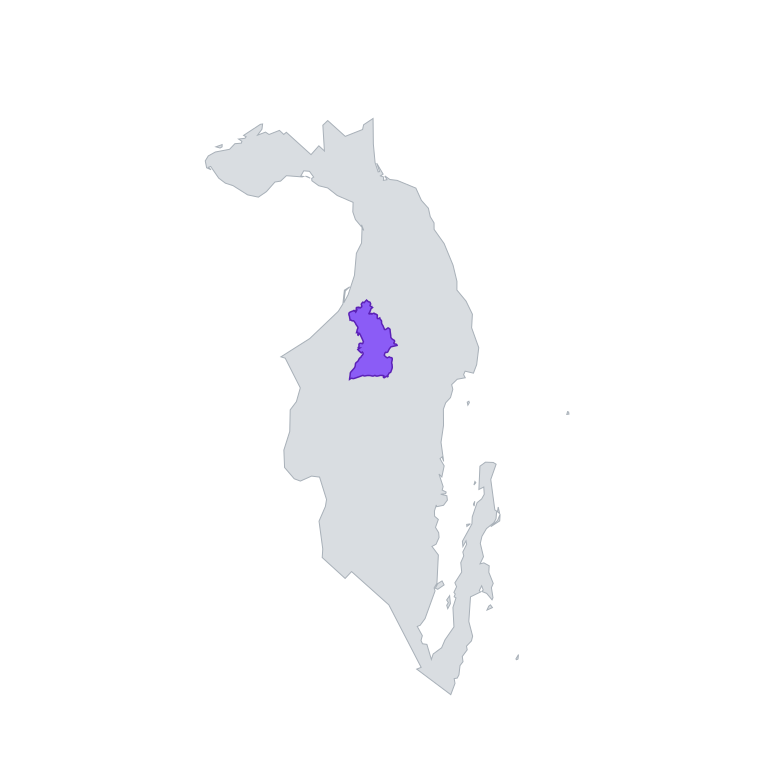 San Luis Potosí highlighted on a map of Mexico, rotated 222°
{"feature_id": "MEX-2715", "entity_name": "San Luis Potosí", "entity_type": "State", "adm_level": 1, "iso_a3": "MEX", "parent_name": "Mexico", "parent_adm1": "", "projection": "robinson", "projection_center": [-100.079, 22.87], "detail": "fine", "context": "in_parent", "style": "filled", "palette": "violet", "viewbox_px": 768, "rotation_deg": 222, "n_neighbors": 0, "source": "natural_earth", "source_scale": "10m", "svg_char_len": 9498}
<svg xmlns="http://www.w3.org/2000/svg" viewBox="0 0 768 768"><g transform="rotate(222 384 384)"><path d="M126.5,197.8L168.9,194.0L166.8,198.3L232.6,223.1L282.6,222.9L282.8,213.5L313.8,213.7L319.1,220.4L340.5,238.6L345.6,253.8L349.4,259.7L369.6,271.7L376.2,267.1L381.2,255.9L387.3,253.5L402.0,255.4L414.2,267.9L422.3,285.7L436.4,302.0L437.3,312.3L443.6,325.1L474.7,337.1L478.8,335.2L469.6,368.1L466.6,407.4L468.1,415.9L476.2,427.2L474.5,433.3L475.0,427.2L468.2,417.5L470.4,426.4L478.6,444.9L492.0,462.7L495.0,473.7L504.4,484.9L501.8,484.6L507.2,487.3L505.5,485.7L515.3,487.1L522.3,491.0L528.5,498.3L544.9,492.8L557.1,492.0L565.1,487.7L573.6,486.8L575.3,488.4L574.7,490.7L581.7,492.2L586.3,488.7L585.0,482.9L582.7,484.4L583.3,483.2L595.9,473.5L596.6,465.6L600.2,461.1L600.1,448.3L602.4,438.8L611.9,433.3L628.9,430.4L636.3,427.1L644.6,426.4L658.4,429.7L659.5,427.6L655.9,427.5L660.5,426.0L666.1,430.2L667.2,435.9L664.6,443.5L655.8,455.1L655.6,462.8L651.2,467.5L652.0,469.3L656.0,468.7L651.8,473.5L651.9,475.5L654.7,474.8L649.6,494.3L648.2,496.0L645.2,491.7L644.5,484.3L640.6,491.9L636.4,492.5L631.4,502.5L625.5,502.4L625.0,505.7L591.7,505.6L591.8,517.4L584.2,517.3L602.6,535.4L602.1,542.1L578.5,542.1L570.2,558.8L572.6,563.0L569.8,574.0L552.5,555.2L538.7,542.5L530.3,537.7L529.4,538.9L537.2,543.2L525.1,539.4L525.9,536.3L522.7,537.6L520.7,534.9L518.5,537.8L522.6,539.2L516.5,539.9L510.5,544.1L491.4,550.9L479.1,545.5L468.6,544.3L461.6,539.3L454.6,537.2L450.2,532.4L433.3,528.6L412.2,518.5L398.5,509.1L392.7,502.6L378.5,500.5L365.0,495.0L356.5,484.4L337.9,474.4L328.1,460.4L324.8,451.9L332.3,447.8L331.1,444.2L327.8,443.0L332.8,436.5L333.3,428.8L329.3,426.1L325.5,418.4L325.6,411.3L323.0,405.0L312.1,393.1L302.6,378.8L287.9,366.4L292.1,368.7L292.4,366.0L284.5,363.4L278.8,353.6L282.9,353.9L271.4,347.3L269.8,344.1L265.5,345.3L264.8,343.8L268.1,340.0L262.5,343.0L259.2,340.1L258.6,333.7L262.8,328.0L264.2,329.1L261.5,323.3L257.9,319.6L253.0,319.7L249.8,311.9L243.9,310.1L240.4,306.8L238.1,299.8L239.7,295.4L229.2,293.3L211.3,271.3L210.3,266.0L207.6,264.4L196.5,237.1L195.7,228.8L197.1,226.1L187.1,222.6L184.9,218.2L181.6,216.7L177.9,219.2L164.5,211.0L166.8,216.3L164.7,226.6L167.5,234.8L169.5,250.3L183.2,264.0L187.4,273.2L189.5,272.8L190.5,275.6L192.6,275.9L194.4,281.9L198.3,283.7L200.4,296.2L207.4,302.6L209.7,309.6L213.0,311.9L215.3,320.2L218.1,322.3L216.6,316.0L220.5,319.6L225.0,338.8L229.5,344.3L235.4,358.1L234.5,363.9L235.7,369.1L240.9,374.2L242.9,369.1L257.7,387.1L256.3,393.8L250.3,398.8L247.0,399.4L240.8,384.5L217.4,364.6L215.2,364.9L210.5,358.7L209.6,354.4L211.1,345.1L209.3,336.3L205.8,330.0L194.5,322.2L192.3,314.6L190.1,317.9L184.2,319.3L180.1,314.2L169.4,308.9L167.9,304.5L160.0,298.1L159.3,295.9L167.6,297.1L172.5,295.3L172.4,297.3L176.4,299.4L175.0,294.3L173.1,294.0L177.3,283.7L162.1,264.3L149.4,255.9L147.1,251.6L147.3,244.4L144.3,242.1L143.5,233.9L139.5,230.5L139.1,225.6L133.7,218.0L132.8,214.5L134.7,212.0L130.9,209.0L126.5,197.8ZM210.5,271.6L209.1,276.5L204.9,274.9L206.7,267.4L209.2,266.6L210.5,271.6ZM193.6,270.6L187.7,265.2L186.3,259.7L189.3,261.5L189.9,264.6L192.9,265.4L193.6,270.6ZM664.5,453.6L663.0,451.9L663.7,449.7L667.6,447.8L664.5,453.6ZM210.6,364.9L206.4,359.7L209.2,349.4L208.3,358.7L210.6,364.9ZM157.1,291.1L153.8,290.4L156.2,284.9L157.5,289.0L157.1,291.1ZM103.0,272.9L100.4,269.3L101.0,267.8L102.0,267.9L103.0,272.9ZM214.2,365.0L216.8,369.0L211.4,365.1L214.2,365.0ZM310.0,426.2L309.4,428.0L308.1,427.3L307.5,424.4L310.0,426.2ZM237.1,354.5L238.1,357.6L235.3,353.6L237.1,354.5ZM227.1,333.6L228.6,335.0L226.2,337.9L227.1,333.6ZM229.1,486.3L228.0,486.7L226.4,485.4L227.8,483.7L229.1,486.3ZM579.4,486.9L576.5,487.6L581.5,485.9L579.4,486.9ZM251.2,372.4L249.7,372.1L249.6,369.1L251.2,372.4Z" fill="#d9dde1" stroke="#a8b0b8" stroke-width="1"/><path d="M412.7,364.4L413.4,365.3L414.0,366.3L415.3,368.2L415.9,368.9L416.2,369.4L416.5,369.8L416.6,370.3L416.7,371.0L416.7,372.4L416.7,374.6L416.7,375.7L416.9,376.8L417.2,377.7L417.7,378.5L418.3,379.3L418.8,380.0L419.0,380.7L419.0,381.3L418.9,382.0L418.8,382.6L418.7,383.3L418.8,384.1L419.2,385.6L419.3,386.2L419.4,386.4L419.4,386.7L419.4,387.1L419.2,387.8L419.1,388.1L419.1,388.4L419.3,389.1L419.4,389.4L419.4,389.7L419.4,390.8L419.4,391.3L419.5,391.8L419.7,392.4L420.0,392.8L420.4,393.0L421.5,393.2L421.7,391.9L424.2,391.9L425.4,392.0L426.6,392.1L426.5,392.8L426.1,394.0L426.0,394.7L426.8,393.9L427.2,393.6L427.5,393.7L427.6,394.1L427.6,394.5L427.6,394.9L427.8,395.3L428.3,395.8L428.8,396.3L429.2,396.8L429.3,397.5L429.2,397.8L429.1,398.1L429.0,398.3L428.8,398.5L428.4,398.9L427.6,399.2L427.2,399.4L426.9,399.7L426.9,399.9L427.0,400.2L427.3,400.7L427.4,400.9L427.5,401.2L427.5,401.6L427.8,401.8L428.4,402.0L428.8,402.2L429.6,402.6L431.0,403.2L433.8,404.4L435.7,405.1L436.0,405.2L436.1,404.5L436.1,404.2L436.0,403.6L435.9,403.3L435.8,403.1L435.8,402.9L436.1,402.9L436.3,403.0L436.5,403.2L436.7,403.4L436.9,403.7L437.2,404.2L437.6,404.6L437.9,404.8L438.1,404.7L438.4,404.5L438.8,403.8L439.0,404.1L439.1,404.3L439.3,404.9L440.0,406.0L440.3,406.6L440.6,407.6L440.9,408.1L441.2,408.5L441.6,408.8L442.0,408.9L443.3,409.2L443.8,409.3L444.9,409.6L446.2,410.2L446.8,410.3L448.3,410.6L448.7,410.6L449.1,410.5L449.3,410.3L449.5,410.0L449.7,409.8L449.9,409.6L451.0,409.5L451.6,409.3L451.9,408.8L452.2,409.1L452.4,409.3L452.6,409.3L453.0,409.7L453.4,409.9L454.5,410.8L455.0,411.2L456.1,411.8L456.6,412.2L457.0,412.6L457.3,413.0L457.5,413.5L457.5,414.1L457.2,414.9L456.9,415.7L456.1,417.2L455.9,417.5L455.6,418.5L455.3,418.4L455.2,418.6L454.8,418.6L454.6,418.5L454.4,418.5L454.1,418.7L453.4,418.6L453.1,418.5L453.2,419.1L453.5,419.2L453.9,419.0L454.2,419.0L454.3,419.1L454.0,419.3L453.8,419.6L454.0,420.0L453.5,420.1L453.6,420.6L453.9,421.0L454.2,421.3L454.9,421.2L455.0,421.4L455.0,421.7L455.0,421.9L455.2,422.0L455.5,422.1L455.5,422.3L455.5,422.6L455.4,422.8L455.2,423.1L454.9,423.3L454.5,423.5L454.4,423.6L454.4,423.8L454.2,423.8L454.0,423.7L453.9,423.7L453.7,423.8L453.6,424.1L453.8,424.3L453.5,424.5L452.8,424.5L452.5,424.7L452.4,425.2L452.5,425.6L452.5,425.9L452.3,426.1L452.2,426.3L452.4,426.7L452.6,427.0L452.9,427.3L453.9,427.7L454.2,428.0L454.4,428.5L454.5,429.1L454.5,430.3L454.5,430.7L454.2,430.8L453.4,431.0L453.2,431.1L453.2,431.3L453.2,433.2L453.2,433.9L453.1,434.6L452.9,434.5L452.7,434.5L452.4,434.7L452.3,434.8L452.2,434.8L451.9,434.8L451.3,434.6L450.9,434.7L450.4,434.8L449.6,435.3L449.2,435.4L448.9,435.3L448.3,435.0L447.8,434.8L447.6,434.7L447.4,434.5L447.3,434.3L447.2,433.7L447.1,433.3L446.9,433.1L446.8,432.9L446.4,432.8L445.8,432.8L445.3,433.0L444.9,433.4L444.7,433.2L444.4,433.0L444.0,432.9L443.7,433.0L444.0,431.3L443.9,431.0L443.8,430.7L443.5,430.1L443.1,429.0L442.9,428.5L442.8,428.0L442.1,425.5L442.1,426.0L441.8,426.3L441.4,426.6L441.1,426.9L441.1,427.1L441.1,427.4L441.1,427.6L440.9,427.8L440.7,427.9L440.4,427.9L440.1,427.8L439.9,427.8L439.7,428.1L439.6,428.7L439.5,428.8L439.4,428.9L439.3,429.1L439.0,429.7L438.9,429.9L438.8,430.0L438.6,430.0L438.1,429.9L437.9,430.0L437.6,430.0L437.3,430.1L437.1,430.5L436.7,430.6L436.1,430.6L435.7,430.6L435.4,430.8L435.2,430.8L435.0,430.7L434.7,430.3L434.6,430.2L434.4,430.1L434.3,429.9L434.2,429.6L434.1,429.4L433.7,429.1L433.4,428.7L433.2,428.5L432.7,428.3L432.2,428.5L431.9,429.0L431.6,429.7L431.4,430.3L430.9,430.0L430.4,429.7L429.8,429.5L429.1,429.5L428.4,429.4L427.6,428.8L426.9,428.0L426.2,427.4L424.9,426.9L423.2,426.4L422.8,426.1L422.5,426.0L421.8,425.7L421.2,425.4L420.7,425.2L420.4,424.9L420.0,424.9L419.9,425.0L419.7,425.1L419.5,425.3L419.4,425.5L419.2,425.7L419.1,426.0L419.0,426.5L418.9,426.9L418.7,427.9L418.6,428.3L418.2,428.6L417.5,428.7L416.9,428.7L416.3,428.7L415.9,428.5L415.5,428.1L414.8,427.4L412.2,425.2L411.4,424.5L410.8,423.9L410.5,423.6L410.2,423.3L409.7,423.1L409.1,423.0L408.5,422.9L407.9,422.9L407.2,423.0L406.5,423.1L405.9,423.3L405.2,423.2L404.8,422.9L404.6,422.7L404.4,422.2L404.3,421.9L404.4,421.6L404.3,421.3L404.0,420.9L403.6,420.8L403.2,420.8L402.8,421.0L401.9,421.6L401.4,421.8L400.8,421.8L400.1,421.4L403.1,417.1L403.5,416.6L403.7,416.3L403.7,416.0L403.5,413.4L403.3,412.7L402.9,411.3L402.7,410.6L402.7,410.1L402.8,409.7L403.0,409.4L403.3,409.1L404.0,408.7L404.1,408.0L403.7,406.9L403.4,406.3L403.2,405.8L402.9,405.5L402.5,405.4L402.1,405.4L401.7,405.4L400.3,405.4L399.5,405.5L399.0,405.8L398.7,406.5L398.5,407.1L398.2,407.7L397.6,407.8L397.3,407.8L397.0,407.9L396.6,408.2L396.2,408.5L395.8,408.7L395.3,408.6L394.9,408.4L394.5,408.0L394.2,407.6L393.8,407.0L392.9,405.4L392.3,404.6L391.7,404.2L391.3,404.1L391.1,403.9L389.4,402.3L388.7,401.5L388.2,400.5L387.8,399.5L387.4,398.5L387.2,398.0L387.0,397.5L386.9,397.0L387.1,396.5L387.4,396.0L387.5,395.6L387.4,395.1L387.2,394.5L387.1,393.7L387.0,393.2L386.8,392.9L386.5,392.7L386.3,392.6L386.1,392.4L386.1,391.9L386.3,391.6L386.6,391.5L386.8,391.6L387.1,391.6L387.4,391.4L387.5,391.0L387.7,390.1L387.8,389.3L388.0,388.9L388.1,388.7L388.8,388.6L389.1,388.7L389.3,388.9L389.3,389.2L389.2,389.5L389.2,389.8L389.5,390.0L389.8,389.9L390.2,389.8L390.6,389.5L390.9,389.3L391.5,388.8L392.1,388.3L392.7,387.7L393.1,387.0L393.6,386.3L394.1,385.6L394.7,385.0L395.3,384.6L395.6,384.5L396.2,384.4L396.5,384.3L396.7,384.0L396.8,383.7L396.9,383.3L397.1,383.0L397.6,382.4L398.3,381.9L399.8,381.1L400.7,380.4L401.5,379.7L402.2,379.0L402.9,378.1L403.5,377.3L403.9,376.9L404.3,376.6L405.2,376.4L405.5,376.2L405.8,375.7L406.6,374.1L407.5,372.4L408.4,370.8L409.3,369.2L409.7,368.5L410.1,367.8L410.6,367.3L412.0,366.5L412.3,366.0L412.7,364.4Z" fill="#8b5cf6" stroke="#5b21b6" stroke-width="1.5"/></g></svg>